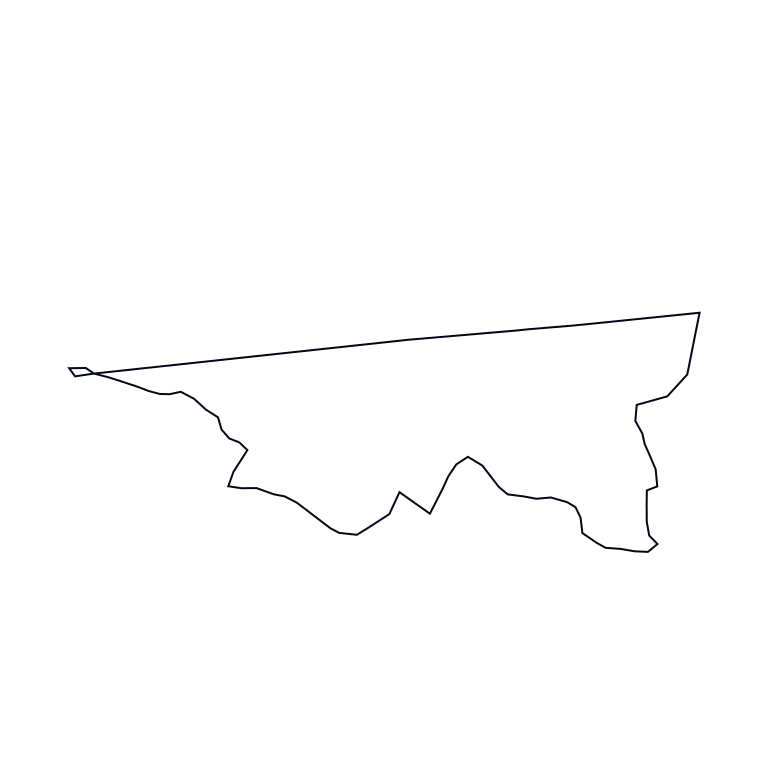 outline of Vera Cruz, Rio Grande do Norte, Brazil, rotated 16°
{"feature_id": "56859067B57046427272497", "entity_name": "Vera Cruz", "entity_type": "district", "adm_level": 2, "iso_a3": "BRA", "parent_name": "Brazil", "parent_adm1": "Rio Grande do Norte", "projection": "albers", "projection_center": [-35.443, -6.033], "detail": "fine", "context": "isolated", "style": "outline", "palette": "ink", "viewbox_px": 768, "rotation_deg": 16, "n_neighbors": 0, "source": "geoboundaries", "source_scale": "gbopen_adm2", "svg_char_len": 1050}
<svg xmlns="http://www.w3.org/2000/svg" viewBox="0 0 768 768"><g transform="rotate(16 384 384)"><path d="M102.4,453.9L117.2,453.5L131.0,453.9L148.3,454.6L159.4,455.6L171.2,455.4L180.7,452.9L190.8,447.5L205.6,450.6L219.8,457.7L233.6,461.8L240.4,472.6L250.3,479.0L261.0,480.0L270.9,485.2L263.5,509.9L262.5,525.2L275.6,523.5L290.1,519.2L308.6,520.4L319.5,519.4L332.9,522.1L372.1,537.4L381.9,539.5L399.5,536.4L406.9,528.3L425.0,507.6L428.7,483.7L448.3,490.6L463.9,496.0L469.3,468.2L471.3,454.9L475.7,441.3L484.7,430.9L501.0,435.3L522.6,451.2L533.4,456.0L549.6,453.5L562.2,452.3L575.6,447.1L592.5,447.1L602.0,449.6L609.8,458.3L615.8,472.6L632.0,478.0L642.1,480.4L657.0,477.3L671.2,475.7L684.0,472.6L691.0,462.4L680.7,456.6L674.5,443.8L669.5,426.8L666.0,413.9L674.9,407.1L668.7,391.2L657.6,377.5L651.2,370.0L645.9,360.3L635.8,350.3L632.7,334.4L659.7,317.8L672.9,291.3L667.7,228.5L550.7,275.3L507.4,291.7L498.3,295.4L395.1,334.8L102.4,453.9ZM84.9,461.8L102.4,453.9L92.9,450.8L77.0,455.6L84.9,461.8Z" fill="none" stroke="#020617" stroke-width="2"/></g></svg>